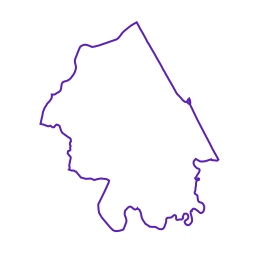 Sai Buri, Pattani, Thailand, rotated 354°
{"feature_id": "78962969B50948303321552", "entity_name": "Sai Buri", "entity_type": "district", "adm_level": 2, "iso_a3": "THA", "parent_name": "Thailand", "parent_adm1": "Pattani", "projection": "equal_earth", "projection_center": [101.61, 6.703], "detail": "fine", "context": "isolated", "style": "outline", "palette": "violet", "viewbox_px": 256, "rotation_deg": 354, "n_neighbors": 0, "source": "geoboundaries", "source_scale": "gbopen_adm2", "svg_char_len": 5904}
<svg xmlns="http://www.w3.org/2000/svg" viewBox="0 0 256 256"><g transform="rotate(354 128 128)"><path d="M182.9,216.9L183.2,216.2L183.3,216.0L183.6,215.7L184.2,215.3L184.5,215.1L184.8,215.1L185.4,215.2L186.0,215.5L186.7,216.0L187.4,216.5L188.5,217.5L190.0,219.1L190.5,219.7L191.2,220.0L191.7,220.2L192.2,220.2L192.5,220.1L193.0,219.8L194.0,219.1L194.3,218.8L194.6,218.2L194.9,217.6L195.1,216.9L195.5,215.4L195.6,214.5L195.5,213.9L195.5,213.4L195.3,212.8L195.1,212.3L194.9,211.8L194.6,211.2L194.1,210.7L193.5,210.1L191.9,209.5L191.1,209.0L190.7,208.6L190.4,208.2L190.2,207.6L190.0,206.0L190.0,205.3L190.0,204.3L190.0,203.2L189.9,202.7L189.9,202.4L189.7,202.1L189.5,201.9L189.0,201.4L188.4,201.0L188.0,200.6L187.7,200.2L187.6,199.9L187.5,199.6L187.5,199.3L187.6,199.0L188.4,197.2L188.6,196.5L188.9,194.6L189.7,192.0L189.7,191.7L189.8,190.5L190.0,189.7L190.2,188.9L190.4,188.3L190.7,187.8L191.0,187.5L191.5,187.3L192.6,187.2L192.8,187.1L193.0,187.0L193.3,186.8L193.4,186.5L193.4,186.1L193.3,185.8L192.9,185.5L192.6,185.4L192.3,185.4L192.1,185.5L191.5,186.1L190.9,186.5L190.7,186.5L190.4,186.4L190.0,186.1L189.8,185.8L189.6,185.0L189.6,184.8L189.7,184.6L190.6,183.9L190.8,183.7L192.3,181.5L193.8,179.7L194.5,178.5L194.7,177.9L194.8,177.4L194.8,176.9L194.7,176.7L194.5,176.4L194.3,176.2L193.9,175.9L192.6,175.3L192.1,174.9L191.7,174.5L191.1,173.8L190.5,172.9L190.2,172.4L189.9,171.8L189.7,171.1L189.6,170.6L189.5,170.1L189.6,169.5L189.6,169.1L189.8,168.4L190.0,168.0L190.7,167.2L192.1,165.9L196.3,168.8L198.3,169.1L201.5,169.1L207.5,167.8L207.8,168.6L213.2,169.8L214.6,168.9L213.2,165.4L211.4,161.4L210.8,159.8L210.0,158.1L209.1,155.6L208.8,154.9L207.9,152.4L206.6,149.2L206.4,148.5L205.8,147.2L197.8,126.9L193.9,116.0L193.2,114.0L192.6,112.4L192.2,111.5L192.2,111.1L192.6,109.4L192.6,108.5L192.6,107.3L192.3,106.0L192.0,105.5L191.9,105.2L191.7,105.4L191.9,105.8L192.2,106.7L192.3,108.5L192.3,109.4L192.1,110.4L192.0,110.8L190.4,109.8L190.3,109.5L190.2,109.2L190.0,108.7L189.8,108.6L189.8,108.4L189.8,108.2L190.3,107.2L190.2,106.9L189.3,108.3L189.1,108.4L188.4,108.0L187.9,108.1L187.6,108.1L187.3,107.8L186.9,107.4L186.5,107.3L185.7,106.3L184.9,105.5L184.1,104.0L182.7,102.2L181.5,100.6L180.6,99.6L180.0,98.6L178.4,94.8L178.0,93.8L177.8,93.4L176.9,91.2L173.6,83.9L173.0,82.3L172.3,80.8L171.8,79.7L170.3,76.1L168.9,73.1L168.2,71.3L167.6,69.6L166.8,67.8L163.5,60.4L162.1,57.0L160.5,53.5L158.6,49.3L157.5,46.7L156.2,44.3L155.6,42.5L154.1,38.8L151.9,33.7L150.2,30.0L149.5,28.1L147.7,23.8L146.7,24.3L144.8,25.0L141.7,26.5L140.0,27.5L134.8,30.9L132.9,32.3L131.3,33.9L130.2,35.2L127.5,37.8L125.8,38.7L120.6,39.9L115.2,41.2L113.2,41.6L107.7,42.9L105.7,43.1L103.7,43.5L102.1,43.6L100.6,43.6L97.6,41.9L95.9,41.2L94.4,40.7L92.3,40.8L90.7,41.3L89.1,42.1L87.7,44.3L86.7,46.1L82.2,54.9L82.1,57.5L82.5,59.8L82.7,62.2L82.0,64.5L81.0,66.7L80.0,68.3L78.8,69.8L77.2,71.5L75.8,72.9L74.2,73.9L72.7,74.5L71.1,74.9L69.4,75.1L68.6,75.5L67.9,75.7L66.8,77.1L66.1,79.5L65.6,81.6L64.7,83.8L63.1,84.9L61.6,85.5L58.3,87.1L55.7,86.7L55.5,89.4L54.6,91.1L53.2,92.8L51.8,94.0L50.2,95.3L48.6,97.6L47.0,99.5L44.9,103.7L44.4,106.0L42.3,112.0L41.4,114.8L44.2,115.7L46.5,116.9L48.8,118.0L51.0,117.6L53.0,119.4L54.6,119.5L55.8,118.1L57.2,117.1L58.7,117.7L60.1,118.7L60.6,121.1L61.1,123.4L62.1,125.9L66.1,129.5L67.7,130.9L69.1,131.9L69.9,133.3L69.9,135.1L69.7,135.7L68.9,136.2L68.5,137.7L68.5,138.5L69.0,139.5L69.0,140.2L68.7,140.6L68.4,141.7L68.4,143.1L68.4,143.7L67.8,144.4L66.2,144.6L65.8,145.2L65.5,146.2L65.4,147.1L66.8,149.4L67.6,150.2L67.9,151.0L67.9,151.8L67.8,152.1L67.8,152.3L67.0,154.5L65.7,158.9L65.6,159.1L65.8,160.2L65.7,162.0L65.3,162.8L64.9,163.2L67.4,164.4L69.8,164.7L71.0,165.8L71.7,165.9L76.0,172.3L80.6,174.1L85.8,174.4L89.0,176.2L92.5,175.6L95.9,175.4L101.3,176.6L103.1,177.9L103.7,178.3L103.0,180.4L98.2,188.5L90.4,200.9L90.2,205.9L90.4,209.4L92.5,214.1L96.2,219.6L99.8,224.9L102.4,228.1L105.0,229.3L108.9,229.3L112.8,228.5L114.5,225.3L116.2,222.0L116.4,221.3L116.7,220.6L116.8,219.3L116.7,218.8L116.6,218.0L116.4,216.7L115.8,214.7L115.7,213.8L115.7,213.5L115.9,211.7L116.1,211.1L116.3,210.3L116.5,209.9L116.7,209.7L118.2,208.4L119.1,207.6L120.2,206.8L120.6,206.6L121.3,206.4L121.8,206.4L122.2,206.4L122.8,206.8L123.7,207.5L125.3,209.2L126.0,209.7L126.5,209.8L126.9,209.8L127.4,209.7L128.1,209.4L128.8,208.9L128.8,209.1L130.8,210.5L131.9,213.8L132.3,218.7L133.2,221.1L133.6,221.9L134.5,223.5L135.1,224.8L135.4,225.2L136.3,225.8L137.0,226.4L138.5,227.7L139.2,228.4L139.6,228.3L140.7,228.7L141.7,228.9L144.0,229.1L144.7,229.3L145.1,229.4L145.5,229.6L146.0,230.0L147.4,231.0L148.3,231.6L149.1,231.9L149.5,232.0L150.6,232.2L151.4,232.1L151.9,232.0L152.2,231.8L152.8,231.4L153.2,231.0L153.8,230.2L154.3,229.3L154.8,228.1L155.9,226.0L156.1,225.5L156.2,224.8L156.4,223.3L156.6,222.6L156.9,222.1L157.3,221.7L157.7,221.5L158.3,221.4L159.5,221.5L161.0,221.5L161.6,221.5L162.3,221.2L163.5,220.2L164.0,219.9L164.4,219.7L164.9,219.5L165.4,219.5L165.8,219.7L166.1,219.9L166.3,220.2L166.5,220.6L166.6,220.9L166.5,221.7L166.4,223.0L166.4,223.5L166.5,223.8L166.6,224.1L166.9,224.3L167.3,224.5L167.6,224.6L169.4,224.4L170.0,224.4L171.4,224.6L171.8,224.5L172.1,224.5L172.8,224.0L173.1,223.7L173.3,223.3L173.4,223.0L173.3,222.7L173.1,222.4L173.1,222.2L173.3,221.9L173.8,221.0L174.5,219.8L174.8,219.3L175.0,219.2L175.3,219.2L176.2,219.2L176.9,219.3L177.5,219.6L177.8,219.8L178.0,220.0L178.6,221.0L178.6,221.4L178.7,221.9L178.7,222.8L178.7,223.1L178.5,223.5L178.2,224.2L178.0,224.5L177.7,224.7L176.9,225.3L175.7,225.8L175.4,226.1L175.0,226.4L174.8,226.7L174.6,227.0L174.6,227.3L174.5,227.7L174.7,228.3L175.1,229.2L175.3,229.6L175.4,229.8L175.9,230.0L176.7,230.6L177.0,230.8L178.0,230.9L178.6,230.8L180.1,229.8L181.0,228.9L181.6,228.0L181.8,227.7L182.0,227.0L182.1,226.4L182.2,225.9L182.1,224.6L182.0,223.2L181.4,219.4L181.5,218.1L181.6,217.7L181.7,217.4L182.0,217.1L182.6,216.6L182.9,216.9Z" fill="none" stroke="#5b21b6" stroke-width="2"/></g></svg>